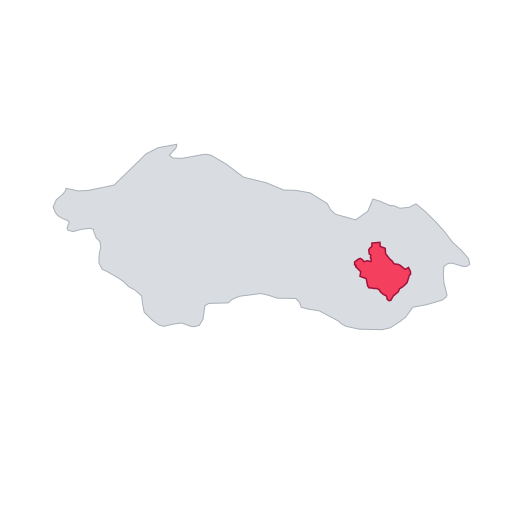 location of Pukë, Shkodër, Albania, rotated 105°
{"feature_id": "67620474B73280275449109", "entity_name": "Pukë", "entity_type": "district", "adm_level": 2, "iso_a3": "ALB", "parent_name": "Albania", "parent_adm1": "Shkodër", "projection": "mercator", "projection_center": [19.995, 42.061], "detail": "fine", "context": "in_parent", "style": "filled", "palette": "rose", "viewbox_px": 512, "rotation_deg": 105, "n_neighbors": 0, "source": "geoboundaries", "source_scale": "gbopen_adm2", "svg_char_len": 2458}
<svg xmlns="http://www.w3.org/2000/svg" viewBox="0 0 512 512"><g transform="rotate(105 256 256)"><path d="M170.7,157.8L171.0,150.7L172.6,139.6L171.7,135.9L172.7,129.5L169.5,121.0L164.2,114.9L169.3,104.0L176.7,90.9L183.5,80.5L191.9,69.6L197.4,59.1L203.4,50.1L208.5,47.4L211.1,49.3L212.5,53.2L212.1,64.9L213.9,68.9L217.4,71.8L224.9,70.4L233.3,67.5L244.4,61.3L246.4,61.7L250.5,64.9L259.1,79.0L264.9,91.3L276.2,95.6L282.5,100.4L290.6,107.7L294.5,115.1L300.0,137.5L300.6,150.9L299.0,157.1L297.7,158.7L292.6,180.6L293.8,191.8L293.8,199.1L289.5,202.0L286.7,206.6L291.3,224.8L290.7,232.5L290.9,241.4L299.2,261.6L304.1,267.8L308.5,270.8L314.0,289.3L317.4,292.5L330.9,290.8L337.6,292.8L340.2,297.2L340.8,300.2L339.9,310.5L343.3,318.5L347.8,326.7L347.8,331.7L344.7,339.8L339.3,349.4L332.1,353.0L324.2,356.1L320.4,363.5L318.5,371.3L315.0,377.1L312.8,383.5L309.4,396.5L308.6,401.2L303.2,406.0L294.9,407.9L287.5,408.3L282.4,410.5L279.9,415.0L275.2,418.5L272.3,420.1L272.3,424.0L275.8,432.3L279.7,438.9L279.8,444.3L277.8,445.8L271.8,445.1L270.5,447.1L269.8,453.0L268.2,458.1L265.7,461.2L261.3,464.6L253.4,463.5L245.9,458.4L242.0,456.8L239.8,457.0L239.2,444.5L236.0,434.8L224.1,411.3L185.6,388.5L176.5,378.2L172.5,369.6L168.6,361.4L172.4,361.2L176.1,363.2L181.0,365.7L182.9,361.6L180.8,352.7L170.9,331.7L170.2,326.0L175.0,308.4L183.1,288.6L182.6,264.6L185.1,246.4L182.3,234.6L181.0,220.1L186.9,200.8L192.0,196.0L195.1,189.9L195.3,169.2L183.9,159.6L170.7,157.8Z" fill="#d9dde1" stroke="#a8b0b8" stroke-width="1"/><path d="M257.5,138.7L257.1,136.8L256.8,133.2L256.2,131.6L256.5,128.4L258.2,126.9L259.4,124.6L260.2,122.8L260.7,120.1L261.8,118.9L263.6,118.3L264.8,116.1L263.9,114.3L259.2,113.1L253.7,109.3L250.5,108.9L248.0,106.5L246.4,105.4L242.7,103.2L238.4,103.0L234.9,102.9L233.8,102.0L231.4,102.6L227.6,105.7L230.3,108.4L227.6,114.6L227.3,116.9L227.9,120.5L225.4,123.5L224.2,126.2L220.2,131.4L215.1,133.2L214.6,138.5L210.7,139.8L212.5,144.7L213.5,147.4L216.8,146.6L218.8,148.0L220.7,148.7L224.8,147.1L225.1,146.1L225.4,145.3L227.6,145.1L228.2,145.1L228.4,144.8L228.9,144.3L229.4,143.7L230.4,143.6L231.0,143.5L231.6,143.5L231.7,147.1L233.6,150.5L232.0,152.1L231.3,154.7L232.6,156.4L236.2,159.2L239.0,158.5L239.1,157.7L239.1,157.4L239.2,156.9L239.6,156.9L240.1,156.9L240.6,156.9L244.0,150.8L248.7,150.3L249.1,146.2L249.3,143.9L249.4,143.7L250.7,143.0L252.2,142.3L253.3,141.7L255.0,140.9L255.9,140.5L257.5,138.7Z" fill="#f43f5e" stroke="#9f1239" stroke-width="1.5"/></g></svg>